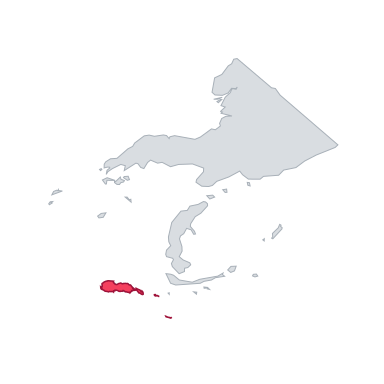 location of North Solomons within Papua New Guinea, rotated 131°
{"feature_id": "PNG-1245", "entity_name": "North Solomons", "entity_type": "Province", "adm_level": 1, "iso_a3": "PNG", "parent_name": "Papua New Guinea", "parent_adm1": "", "projection": "natural_earth1", "projection_center": [155.03, -5.041], "detail": "fine", "context": "in_parent", "style": "filled", "palette": "rose", "viewbox_px": 384, "rotation_deg": 131, "n_neighbors": 0, "source": "natural_earth", "source_scale": "10m", "svg_char_len": 7022}
<svg xmlns="http://www.w3.org/2000/svg" viewBox="0 0 384 384"><g transform="rotate(131 192 192)"><path d="M61.7,245.5L61.2,200.4L59.2,197.0L61.1,189.0L60.7,112.8L64.5,113.2L82.6,122.5L94.8,127.3L105.4,129.6L115.3,137.2L122.5,137.6L133.3,148.3L137.6,149.0L145.3,157.9L145.8,165.2L144.9,169.7L156.5,174.1L167.7,180.3L173.7,180.9L177.0,183.1L181.2,188.4L182.0,195.4L179.6,196.7L169.2,196.6L166.3,198.9L170.5,210.0L180.0,220.2L187.0,224.8L189.2,234.0L192.8,236.9L195.1,244.2L198.8,244.9L205.9,243.7L207.1,246.8L206.1,251.4L207.1,253.3L220.3,257.2L215.9,259.6L217.9,263.8L226.5,267.4L231.8,268.8L235.0,268.3L231.3,270.4L227.9,269.8L227.3,270.4L228.7,272.2L231.5,274.1L228.6,276.5L225.8,276.9L220.4,275.3L215.8,270.7L201.5,268.7L196.5,266.7L192.6,267.4L181.0,264.9L177.2,261.7L174.6,256.9L167.7,251.0L166.1,248.2L166.7,244.3L164.8,244.9L160.9,242.1L150.3,224.3L144.9,221.7L131.6,218.7L129.7,215.2L123.5,213.9L122.1,216.2L117.0,217.8L112.7,216.1L108.4,211.7L113.5,221.6L111.7,221.5L112.6,223.1L111.6,223.3L106.1,222.7L107.8,226.8L98.7,229.1L91.9,228.3L88.7,229.3L87.3,229.2L85.6,226.1L83.1,226.7L85.2,226.8L87.8,230.2L93.5,229.7L99.0,232.4L103.7,238.3L103.6,242.3L91.0,249.8L83.7,246.6L73.0,247.4L69.2,246.2L64.4,247.6L61.7,245.5ZM251.8,145.6L254.4,147.6L257.0,145.5L262.1,148.1L261.2,157.9L259.5,160.6L255.2,161.6L254.7,163.1L257.5,168.8L256.3,170.9L252.6,173.1L246.5,172.8L244.8,176.8L241.4,180.3L228.2,187.3L213.7,187.8L209.0,183.5L204.0,184.3L197.3,179.2L191.7,177.1L190.6,175.2L190.7,172.6L192.2,171.2L202.2,171.4L208.5,173.4L216.8,172.2L219.1,170.7L220.0,164.4L221.4,161.8L222.8,163.0L221.1,167.8L223.0,172.2L228.9,170.9L232.7,171.9L235.6,170.7L239.8,163.8L243.1,160.7L249.2,159.2L249.1,154.1L246.9,147.2L247.8,145.2L251.8,145.6ZM324.6,195.9L323.9,198.2L323.4,197.5L320.4,199.5L316.9,198.9L313.8,196.6L311.4,192.7L311.3,188.2L307.9,186.2L303.5,180.5L302.6,176.8L303.0,170.6L309.4,174.2L316.0,184.9L322.2,189.7L324.6,195.9ZM274.9,148.3L270.7,158.1L268.0,154.1L266.9,151.3L266.7,143.8L259.9,132.6L252.8,128.9L238.5,117.3L232.8,115.4L234.3,114.9L234.2,112.1L241.3,118.1L245.7,119.6L251.5,124.3L255.5,125.9L272.9,143.3L274.9,148.3ZM160.8,99.9L174.3,100.3L174.6,101.6L172.8,101.7L170.5,104.1L162.4,103.4L158.9,104.6L158.6,103.0L159.9,102.5L159.7,100.7L160.8,99.9ZM229.3,250.2L231.8,251.9L233.9,251.6L235.5,253.6L235.7,256.7L234.9,257.4L234.3,256.5L227.7,255.9L229.0,254.0L227.7,250.5L229.3,250.2ZM227.4,113.9L222.6,113.8L219.0,110.0L223.7,108.2L227.3,110.0L227.4,113.9ZM239.0,263.9L242.1,261.9L242.8,262.6L241.7,267.5L236.9,265.4L233.7,257.6L239.0,263.9ZM264.2,243.3L269.3,242.4L271.8,244.5L272.6,245.3L272.1,247.4L267.8,246.5L264.2,243.3ZM276.3,290.5L286.1,295.9L282.4,296.8L279.4,295.3L279.0,294.0L277.8,294.5L278.4,293.5L276.3,290.5ZM185.1,178.4L180.8,174.3L181.0,171.6L185.6,174.0L185.1,178.4ZM226.1,253.2L224.8,253.3L222.0,250.5L223.7,247.3L225.6,248.5L226.1,253.2ZM301.6,170.4L299.7,163.8L301.3,161.8L303.0,166.0L301.6,170.4ZM170.1,170.3L167.1,167.8L169.3,165.4L170.6,166.7L170.1,170.3ZM215.6,91.3L213.9,91.7L211.7,89.6L212.3,87.2L214.8,88.8L215.6,91.3ZM150.3,154.2L148.5,156.6L147.3,154.8L149.3,152.1L150.3,154.2ZM239.6,231.3L239.7,239.1L238.4,237.6L239.0,234.3L237.6,233.4L239.6,231.3ZM104.9,233.3L107.8,236.5L100.7,231.3L104.9,233.3ZM107.4,232.5L103.5,231.2L102.7,230.2L107.3,230.7L107.4,232.5ZM295.2,291.3L294.9,292.4L292.4,292.6L290.7,291.0L292.3,291.4L292.0,290.3L295.2,291.3ZM266.2,121.6L266.3,125.3L264.5,122.7L266.2,121.6ZM256.7,119.7L255.9,120.7L254.1,118.1L254.5,117.6L256.7,119.7ZM235.9,275.1L235.6,276.6L233.9,275.8L234.1,274.8L235.9,275.1ZM255.1,116.9L253.8,117.3L254.0,114.8L255.1,116.9ZM181.6,105.4L181.7,107.2L179.8,106.8L181.6,105.4ZM284.2,142.0L284.0,143.7L283.0,143.1L284.2,142.0Z" fill="#d9dde1" stroke="#a8b0b8" stroke-width="1"/><path d="M324.2,195.0L324.3,195.4L324.7,196.2L324.8,196.7L324.7,197.2L324.4,197.7L324.1,198.1L323.8,198.4L324.0,197.5L324.0,197.0L323.9,196.7L323.7,197.0L323.2,198.3L322.8,197.7L322.1,197.9L321.5,198.4L321.0,198.8L320.6,199.5L320.4,199.7L320.0,199.8L319.8,199.8L319.5,199.6L319.3,199.5L318.5,199.5L317.8,199.3L317.0,199.0L315.6,198.3L314.9,197.6L314.7,197.4L314.4,197.4L314.1,197.1L313.6,196.6L313.4,196.4L313.2,195.9L311.1,193.2L310.8,192.7L311.1,192.7L311.3,192.7L311.4,192.8L311.7,192.1L311.9,191.2L312.0,190.2L311.9,189.3L311.5,188.4L311.0,187.9L309.2,187.3L308.6,186.9L308.2,186.5L307.8,186.3L307.6,186.2L307.4,186.0L307.4,185.9L307.3,185.4L307.1,184.6L306.8,184.2L306.7,184.1L306.6,183.9L305.7,183.5L305.2,182.8L304.8,182.5L304.6,182.2L304.4,182.0L304.3,181.7L304.1,181.4L303.5,180.9L303.3,180.5L303.3,180.2L303.2,179.8L303.2,179.6L303.3,179.4L303.4,179.2L303.3,178.6L303.2,178.2L302.7,177.7L302.5,177.3L302.5,177.2L302.8,176.1L303.1,174.4L303.2,174.0L303.2,173.6L303.0,173.3L303.0,173.1L303.4,173.3L303.6,173.4L303.7,172.9L303.6,172.6L303.5,172.3L303.4,172.1L303.2,171.6L302.5,170.7L302.5,170.3L303.1,170.2L303.8,170.7L304.4,171.4L304.8,172.0L305.1,171.9L305.4,172.1L305.7,172.5L305.9,172.8L306.0,172.6L306.3,172.6L306.5,172.4L306.7,172.5L306.9,172.6L308.1,172.6L308.3,172.6L308.1,172.8L308.1,173.0L308.3,173.1L308.5,172.8L308.6,172.7L308.9,172.7L309.0,172.8L309.0,173.1L308.9,173.3L308.9,173.5L309.3,173.7L309.4,173.9L309.5,174.4L310.0,175.0L310.3,175.9L310.6,176.4L310.7,176.5L310.8,176.5L311.1,176.9L311.1,177.0L311.1,177.9L311.2,178.2L311.4,178.9L311.5,179.3L311.8,179.2L312.1,179.3L312.4,179.5L312.7,179.5L313.5,180.6L313.7,180.8L313.8,180.9L313.9,181.0L314.1,180.9L314.3,181.1L314.5,181.4L314.7,181.8L314.9,182.0L315.1,183.1L315.1,183.3L315.7,184.7L316.6,185.8L316.9,185.8L317.1,185.6L317.3,185.4L317.5,185.6L317.6,185.9L317.8,186.2L318.2,186.4L318.6,186.3L318.7,186.1L318.7,185.8L319.0,185.6L319.0,185.8L318.9,185.9L319.0,186.0L319.0,186.3L319.5,186.8L319.7,187.3L319.8,187.4L320.0,187.5L320.3,187.6L320.5,187.9L320.7,188.3L320.9,188.7L321.1,188.9L321.4,189.1L321.7,189.2L322.1,189.4L322.3,189.8L322.7,190.7L323.1,191.3L323.5,191.9L323.9,192.5L324.0,193.2L324.0,193.5L323.9,193.9L323.9,194.1L324.0,194.3L324.1,194.8L324.2,195.0ZM303.0,165.8L302.9,166.5L302.5,168.4L302.4,169.7L302.3,170.2L301.9,170.5L302.0,170.0L301.7,170.1L301.6,170.4L301.5,170.7L301.3,170.9L301.0,169.5L300.3,167.5L300.2,166.9L300.1,166.4L300.1,166.1L300.3,166.0L300.4,165.8L300.4,165.5L300.4,164.4L300.3,164.0L300.1,163.9L299.6,164.3L299.7,163.6L300.1,162.9L300.7,162.2L301.2,161.8L301.7,161.9L302.1,162.5L302.3,163.2L302.4,163.8L302.3,164.4L302.3,164.7L302.4,165.0L302.5,165.2L302.7,165.3L302.9,165.5L303.0,165.8ZM301.5,126.1L301.9,127.1L302.8,128.8L303.2,129.8L303.0,130.2L302.6,129.0L302.2,127.9L301.5,126.8L301.0,125.7L299.9,125.0L300.6,125.1L301.2,125.4L301.5,126.1ZM293.5,150.6L294.0,150.9L294.4,151.3L294.6,151.9L294.6,152.5L294.3,153.0L293.8,152.8L293.4,152.3L293.4,151.7L293.5,152.0L293.7,152.4L293.8,152.6L294.0,152.7L294.3,152.4L294.4,151.9L294.1,151.4L293.7,151.0L293.4,150.8L293.4,150.7L293.5,150.6ZM292.8,150.1L292.7,149.7L292.6,149.2L292.5,148.8L292.7,148.7L292.8,148.9L292.9,149.3L292.9,150.1L292.8,150.1Z" fill="#f43f5e" stroke="#9f1239" stroke-width="1.5"/></g></svg>